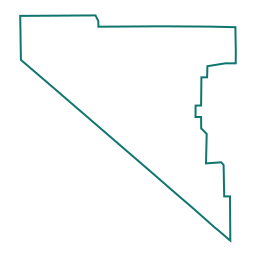 the district of Douglas, Nevada, United States of America
{"feature_id": "52423323B42659235998259", "entity_name": "Douglas", "entity_type": "district", "adm_level": 2, "iso_a3": "USA", "parent_name": "United States of America", "parent_adm1": "Nevada", "projection": "natural_earth1", "projection_center": [-119.503, 38.824], "detail": "fine", "context": "isolated", "style": "outline", "palette": "teal", "viewbox_px": 256, "rotation_deg": 0, "n_neighbors": 0, "source": "geoboundaries", "source_scale": "gbopen_adm2", "svg_char_len": 548}
<svg xmlns="http://www.w3.org/2000/svg" viewBox="0 0 256 256"><path d="M150.2,171.2L178.6,195.9L192.2,207.5L215.5,228.2L217.3,229.5L228.7,239.3L230.3,240.6L230.0,196.4L224.2,196.4L223.6,165.0L221.2,162.3L206.0,163.4L206.7,133.9L201.2,128.4L201.1,117.0L195.5,117.0L195.6,105.6L201.1,105.5L201.4,77.3L207.1,77.3L207.4,66.2L225.5,63.3L235.7,63.3L235.8,52.2L235.4,27.2L208.6,26.6L160.9,26.3L98.4,26.7L98.3,21.0L95.5,15.4L20.2,15.9L20.5,33.4L20.9,59.9L50.9,85.6L149.5,170.6L149.7,170.8L150.2,171.2Z" fill="none" stroke="#0f766e" stroke-width="2"/></svg>